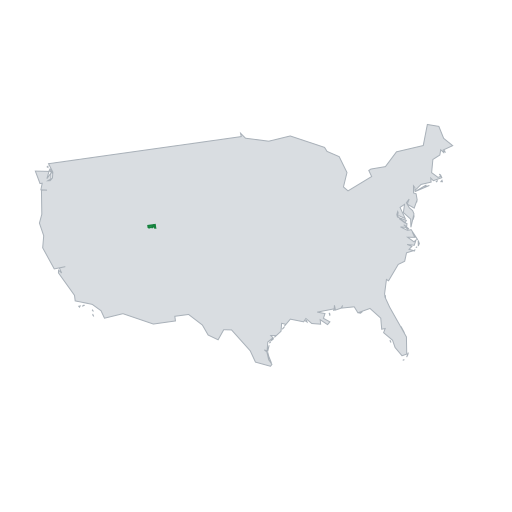 Daggett, Utah, United States of America (highlighted), rotated 352°
{"feature_id": "52423323B11713615071349", "entity_name": "Daggett", "entity_type": "district", "adm_level": 2, "iso_a3": "USA", "parent_name": "United States of America", "parent_adm1": "Utah", "projection": "equal_earth", "projection_center": [-109.574, 40.832], "detail": "fine", "context": "in_parent", "style": "filled", "palette": "green", "viewbox_px": 512, "rotation_deg": 352, "n_neighbors": 0, "source": "geoboundaries", "source_scale": "gbopen_adm2", "svg_char_len": 4359}
<svg xmlns="http://www.w3.org/2000/svg" viewBox="0 0 512 512"><g transform="rotate(352 256 256)"><path d="M409.6,172.4L437.0,169.9L444.0,149.6L455.1,153.1L458.2,165.6L466.1,174.1L456.1,177.1L456.1,179.5L453.7,176.5L452.1,181.6L444.6,185.0L441.5,197.9L447.2,203.5L450.2,202.8L448.9,200.4L450.1,201.5L450.9,204.3L442.1,206.1L439.9,203.1L439.7,207.2L429.4,208.1L422.4,213.3L422.8,210.3L421.7,208.4L420.8,215.5L423.2,216.7L423.4,222.8L419.3,230.6L413.0,225.7L415.6,220.9L412.3,224.2L414.6,229.7L417.4,232.8L418.3,236.3L413.4,249.1L414.3,241.0L408.0,233.5L410.3,225.5L405.4,227.9L409.0,239.7L403.4,236.1L401.7,236.5L402.8,232.8L402.5,231.7L401.2,234.6L401.5,237.1L409.8,241.7L408.4,243.8L404.4,239.6L403.0,238.9L408.0,243.9L410.0,244.9L409.3,247.9L406.6,245.6L410.9,250.1L410.1,250.7L408.0,248.4L403.1,247.3L409.6,251.7L413.3,251.5L418.5,262.6L414.1,254.1L415.8,259.6L408.7,258.5L414.4,263.9L416.7,262.4L414.2,267.4L407.3,265.6L411.7,268.2L408.5,270.7L412.9,272.6L405.5,273.8L402.5,281.9L395.7,284.1L383.8,299.0L381.9,297.4L378.1,311.2L378.0,314.6L381.2,325.2L393.7,357.1L391.6,374.1L386.7,375.1L381.0,366.0L379.5,358.4L371.7,349.7L373.8,345.8L370.3,346.0L370.9,334.9L361.6,323.8L349.0,326.4L346.2,320.0L333.5,319.5L334.9,317.0L332.9,319.5L327.2,320.6L326.8,315.7L326.1,319.2L308.8,320.1L316.3,322.6L314.1,327.1L320.0,331.5L317.3,333.9L310.7,328.0L310.5,332.5L301.8,330.6L296.7,324.8L294.0,327.8L281.2,323.3L274.2,329.6L276.0,327.8L272.0,326.2L270.3,334.0L262.9,339.1L264.6,337.6L259.6,336.8L261.4,339.4L255.7,342.8L253.8,351.5L251.1,350.1L253.4,352.5L254.1,360.5L256.7,365.5L255.0,367.2L240.7,361.0L237.1,349.1L221.5,325.8L213.8,324.5L206.8,333.7L197.6,327.6L193.3,316.9L181.1,304.5L167.2,304.4L167.2,309.1L144.9,309.1L116.2,294.6L97.3,296.5L94.9,288.6L87.1,281.1L70.7,275.3L70.8,269.7L58.0,245.2L58.5,242.6L61.2,245.8L59.6,240.5L65.7,240.0L54.4,240.7L45.9,218.2L48.6,206.4L46.1,193.3L49.7,184.9L52.7,161.0L58.2,161.7L52.2,160.5L54.4,154.2L52.2,154.2L49.3,141.2L62.8,143.4L59.7,150.3L64.4,145.4L63.6,151.1L60.3,152.5L62.6,152.8L65.3,150.4L66.5,144.6L63.4,135.7L258.0,135.7L257.8,132.3L262.0,137.9L284.6,144.1L306.6,141.9L339.0,158.0L340.9,162.3L352.2,169.2L357.7,186.0L352.2,199.8L356.2,204.3L381.6,193.4L379.6,187.0L381.9,185.9L396.6,185.5L409.6,172.4ZM433.1,211.0L437.5,210.3L422.3,214.4L434.5,209.4L433.1,211.0ZM64.1,141.2L65.6,144.8L65.5,145.4L63.1,142.6L64.1,141.2ZM256.4,364.1L254.3,357.0L254.2,352.9L254.7,357.2L256.4,364.1ZM457.4,177.6L457.7,179.5L456.9,179.1L457.4,177.6ZM297.0,326.9L297.4,328.5L295.9,327.2L297.0,326.9ZM76.9,281.6L78.8,280.7L79.0,281.0L76.9,281.6ZM74.9,281.0L74.1,282.1L73.5,281.1L74.9,281.0ZM446.3,206.4L445.3,207.7L444.9,207.4L446.3,206.4ZM255.2,349.2L254.2,352.4L256.6,346.2L255.2,349.2ZM390.0,346.5L392.3,352.8L389.6,345.9L390.0,346.5ZM86.5,286.7L87.3,288.3L86.4,286.8L86.5,286.7ZM392.5,375.1L391.1,377.1L393.4,372.8L392.5,375.1ZM419.5,266.4L418.1,268.7L418.8,263.1L419.5,266.4ZM62.4,138.2L62.3,139.3L61.6,138.7L62.4,138.2ZM261.5,340.7L258.9,342.2L261.6,340.2L261.5,340.7ZM450.7,207.0L450.9,208.4L449.5,208.1L450.7,207.0ZM86.3,291.3L86.9,293.3L86.1,291.5L86.3,291.3ZM258.3,343.4L257.2,344.2L258.1,342.9L258.3,343.4ZM418.0,238.8L416.6,241.9L418.1,237.6L418.0,238.8ZM273.4,331.0L271.7,332.2L274.2,330.1L273.4,331.0ZM378.6,312.8L378.5,315.4L378.2,313.6L378.6,312.8ZM413.5,273.0L413.0,273.5L414.5,271.6L413.5,273.0ZM353.6,325.9L351.5,327.2L350.6,326.9L353.6,325.9ZM326.4,320.2L326.0,320.6L324.8,320.5L326.4,320.2ZM377.2,358.6L377.6,360.5L376.8,358.2L377.2,358.6ZM321.1,323.8L320.8,325.4L320.5,322.5L321.1,323.8ZM388.0,379.5L386.8,379.7L388.4,379.2L388.0,379.5ZM423.1,223.8L422.5,225.3L423.2,223.2L423.1,223.8ZM416.8,269.2L416.2,269.8L416.0,269.7L416.8,269.2Z" fill="#d9dde1" stroke="#a8b0b8" stroke-width="1"/><path d="M153.3,212.7L153.4,212.8L153.5,212.7L153.7,212.9L153.9,212.9L154.0,213.0L154.3,213.2L154.5,213.1L154.9,213.0L155.1,213.0L155.1,212.8L155.3,212.9L155.6,212.8L156.0,212.7L156.3,212.7L156.5,212.7L156.8,212.6L156.9,212.9L156.9,213.0L156.9,213.3L157.2,213.4L157.3,213.3L157.5,213.2L157.8,212.9L157.8,212.3L159.3,212.3L159.3,213.0L159.6,213.0L159.6,214.0L159.9,214.0L160.4,214.2L160.4,213.7L160.4,212.6L160.4,210.9L159.5,210.9L159.0,210.8L158.9,210.9L157.0,210.9L156.8,210.9L156.7,210.9L155.7,210.9L155.4,210.9L154.4,210.9L153.5,210.9L153.3,210.9L153.3,212.7Z" fill="#22c55e" stroke="#15803d" stroke-width="1.5"/></g></svg>